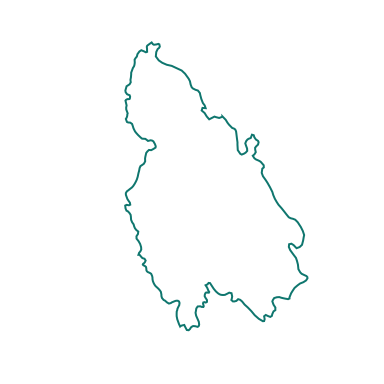 Zhlobin, Gomel, Belarus, rotated 57°
{"feature_id": "67162791B87321103764300", "entity_name": "Zhlobin", "entity_type": "district", "adm_level": 2, "iso_a3": "BLR", "parent_name": "Belarus", "parent_adm1": "Gomel", "projection": "natural_earth1", "projection_center": [29.946, 52.8], "detail": "fine", "context": "isolated", "style": "outline", "palette": "teal", "viewbox_px": 384, "rotation_deg": 57, "n_neighbors": 0, "source": "geoboundaries", "source_scale": "gbopen_adm2", "svg_char_len": 5156}
<svg xmlns="http://www.w3.org/2000/svg" viewBox="0 0 384 384"><g transform="rotate(57 192 192)"><path d="M215.5,271.1L216.1,270.2L218.6,269.9L220.4,269.6L222.1,268.2L224.2,268.2L225.1,269.5L225.6,271.0L225.6,272.1L226.1,272.8L226.9,272.7L228.5,271.8L229.6,271.4L230.9,271.8L231.6,272.2L232.9,272.9L234.0,273.0L235.2,272.6L236.2,271.9L237.4,271.2L238.4,270.8L240.8,271.2L242.3,271.8L243.6,272.6L245.3,273.3L247.2,273.7L249.2,273.9L251.1,273.8L253.4,273.2L255.0,272.8L257.2,272.5L258.8,272.5L261.3,273.5L262.6,274.3L264.5,274.9L267.1,274.6L268.4,273.8L271.0,273.1L273.0,272.1L273.6,270.3L273.6,268.8L273.9,267.3L274.2,265.7L274.6,264.4L275.5,263.1L276.8,262.5L278.3,262.9L280.0,264.4L280.7,265.7L282.0,267.8L283.0,268.7L283.9,269.9L285.9,271.3L287.8,272.5L290.8,273.7L293.0,274.2L295.5,274.8L298.3,275.2L298.2,274.9L298.5,273.0L299.3,270.9L301.4,271.2L304.9,271.5L306.1,270.1L305.8,268.2L305.0,266.7L304.9,264.7L305.2,263.8L306.4,262.3L308.2,260.7L308.0,259.2L307.1,258.2L304.6,257.0L301.7,256.5L298.0,255.9L295.2,254.8L294.1,253.7L292.0,251.8L291.1,249.6L292.3,247.4L293.7,246.4L294.6,245.1L294.1,244.3L291.7,243.6L290.8,242.7L291.1,241.6L292.2,240.7L292.3,239.3L290.8,238.3L287.7,238.3L286.2,238.1L285.0,237.1L284.2,236.0L284.0,234.8L284.9,233.7L285.6,232.7L285.2,232.0L283.6,232.0L280.6,231.4L277.6,231.4L277.9,229.3L277.3,227.6L278.2,226.5L282.1,226.5L285.0,226.5L288.4,226.1L291.0,225.4L292.8,224.6L294.0,223.7L295.3,222.1L296.2,220.4L296.5,217.9L296.7,215.6L298.4,214.0L301.5,215.2L303.1,216.7L304.0,217.8L306.0,217.3L306.8,216.2L307.5,214.1L307.0,211.7L308.7,210.3L311.1,209.6L315.1,209.2L319.2,208.1L324.3,207.1L329.5,206.5L334.8,205.0L339.0,202.9L339.5,201.8L338.2,200.3L335.5,199.2L335.3,197.1L337.3,195.9L339.4,194.4L339.4,192.5L338.0,191.0L336.5,188.6L336.5,186.5L334.3,185.0L330.9,185.0L327.5,184.2L326.7,183.1L325.7,180.8L326.5,178.1L327.7,176.0L329.2,174.8L330.5,173.6L332.1,172.0L333.4,170.6L334.2,169.8L334.4,168.4L334.2,168.4L333.0,167.0L330.9,164.0L329.5,161.0L328.3,158.2L327.8,154.3L327.6,151.2L328.3,147.7L328.3,144.5L327.3,142.2L326.2,141.6L324.8,141.8L322.6,143.2L320.3,144.6L318.3,145.0L314.7,144.8L310.6,142.7L307.0,141.5L303.9,140.7L301.4,140.9L298.1,141.1L294.2,141.3L290.8,140.7L288.7,139.0L289.5,136.8L291.9,135.7L293.6,135.4L296.1,134.9L296.8,131.7L296.2,128.5L293.2,125.2L290.7,122.9L289.2,121.4L285.1,120.3L280.6,119.8L275.0,119.8L271.5,120.5L269.5,121.9L267.8,123.5L265.9,124.6L262.2,125.0L258.6,125.3L254.5,125.7L249.8,126.4L246.4,126.4L242.8,126.2L238.8,125.5L235.8,124.6L230.5,124.0L225.5,123.7L222.1,123.7L217.4,123.9L213.9,123.1L210.7,120.3L210.5,118.4L208.6,117.3L204.3,117.9L203.0,118.4L201.5,119.3L199.6,120.6L197.7,121.3L194.7,121.3L194.4,119.1L193.3,116.8L191.0,116.0L189.3,115.0L188.7,113.4L188.2,110.8L186.5,109.0L185.1,108.8L184.1,109.2L182.9,109.8L180.1,109.9L178.0,109.3L176.6,110.5L178.7,113.3L178.2,115.6L178.2,116.9L178.8,118.8L180.2,120.8L182.4,121.4L185.5,122.1L187.6,123.3L188.2,125.5L188.2,127.3L187.7,129.9L186.3,130.7L181.8,130.8L179.0,129.2L176.9,128.0L175.1,126.8L171.9,125.3L167.0,122.9L165.1,122.0L163.1,121.7L161.6,122.3L160.2,123.4L155.7,124.3L153.2,124.5L149.8,124.4L145.3,125.3L145.5,125.4L144.7,128.9L142.3,131.1L141.0,132.1L140.6,136.1L140.4,138.0L136.7,138.5L132.6,138.4L128.9,139.5L127.2,137.4L129.1,134.9L126.3,134.2L123.3,134.4L119.0,133.5L115.3,132.3L113.3,131.5L110.1,131.8L108.2,133.4L105.6,134.9L103.9,135.2L101.1,134.6L98.0,133.4L95.2,133.1L89.0,133.4L84.5,134.5L79.7,137.5L75.2,140.3L71.5,143.9L67.4,146.6L63.5,148.2L58.6,148.5L55.1,145.7L53.4,142.9L53.2,141.1L52.5,139.8L50.4,139.0L49.5,139.5L48.8,141.6L47.8,143.7L46.7,144.3L44.6,144.4L44.7,147.1L44.9,149.9L45.7,150.9L47.2,151.6L48.8,152.6L50.0,153.3L49.7,154.6L47.8,155.7L45.5,157.3L45.5,159.6L46.7,162.7L48.4,164.5L48.8,166.0L49.7,168.0L52.4,169.6L54.1,171.1L55.0,172.2L55.8,174.0L58.8,178.0L60.3,179.0L62.6,180.8L64.5,182.6L66.6,183.6L67.7,185.7L67.7,187.5L67.7,189.3L69.2,191.0L69.8,191.7L70.6,192.6L72.2,193.3L74.6,193.2L75.4,192.7L76.9,191.6L78.4,192.0L79.9,193.4L79.9,194.0L79.4,194.9L78.9,195.7L78.8,197.1L79.1,198.0L81.0,198.7L83.8,199.7L84.4,200.3L85.3,201.2L87.0,202.2L89.6,202.8L91.0,203.1L91.7,204.0L92.8,204.8L94.0,206.2L94.7,207.7L97.8,208.4L98.9,207.7L100.2,206.0L102.3,205.2L104.3,205.7L106.8,206.4L110.2,206.8L112.3,206.6L114.8,206.2L117.4,205.6L118.6,205.3L120.1,204.8L120.9,203.7L122.0,202.2L123.6,201.6L125.2,201.1L126.1,198.5L127.2,197.4L128.5,196.8L131.7,197.0L133.9,197.5L134.9,198.4L134.9,200.8L134.7,203.4L133.3,205.2L133.7,207.4L134.3,209.1L136.9,211.8L138.3,213.1L140.8,214.6L142.1,217.0L142.2,219.4L142.2,221.1L143.4,222.9L145.2,224.6L147.0,226.6L149.7,229.3L151.5,231.5L152.7,233.4L153.9,235.6L155.0,238.1L155.5,240.0L155.7,242.7L155.9,244.5L156.0,246.3L156.9,248.1L158.4,249.0L162.7,250.0L165.2,250.0L167.1,249.9L169.0,250.7L168.8,252.1L167.2,253.8L167.0,255.4L169.6,256.7L172.0,257.1L173.3,256.3L175.5,255.9L177.7,255.9L179.4,256.7L182.1,258.2L184.8,258.7L187.4,258.6L189.2,259.2L191.3,259.6L193.6,259.4L195.9,258.6L197.8,260.2L198.9,262.7L200.9,263.9L204.1,263.6L207.3,263.8L210.5,264.7L212.6,265.9L213.7,267.7L214.2,269.5L215.5,271.1Z" fill="none" stroke="#0f766e" stroke-width="2"/></g></svg>